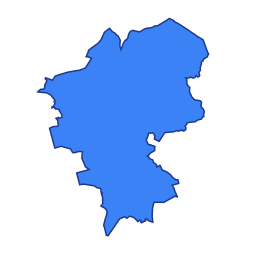 Pūres pag., Tukums, Latvia (Mercator projection), rotated 355°
{"feature_id": "27541924B42244079207170", "entity_name": "Pūres pag.", "entity_type": "district", "adm_level": 2, "iso_a3": "LVA", "parent_name": "Latvia", "parent_adm1": "Tukums", "projection": "mercator", "projection_center": [22.936, 57.042], "detail": "fine", "context": "isolated", "style": "filled", "palette": "blue", "viewbox_px": 256, "rotation_deg": 355, "n_neighbors": 0, "source": "geoboundaries", "source_scale": "gbopen_adm2", "svg_char_len": 5574}
<svg xmlns="http://www.w3.org/2000/svg" viewBox="0 0 256 256"><g transform="rotate(355 128 128)"><path d="M74.9,180.3L75.7,180.1L76.4,180.3L77.4,180.0L78.5,180.2L79.4,180.2L80.5,180.3L80.7,180.5L86.1,181.8L89.5,182.8L92.2,185.0L93.6,185.2L94.9,185.7L95.0,185.7L95.6,186.3L95.6,187.4L95.7,188.1L95.6,188.6L95.8,188.7L95.9,189.5L95.9,189.8L95.6,190.2L95.7,190.3L96.1,190.5L96.6,190.5L96.8,190.7L96.7,190.9L96.6,191.2L95.9,191.5L96.2,192.1L96.1,192.4L96.3,193.5L96.6,194.5L96.6,195.1L96.5,197.1L96.3,198.0L96.4,199.1L96.4,200.6L96.3,201.0L95.3,202.2L94.2,203.3L95.7,204.4L97.1,205.3L97.1,205.2L98.3,206.2L98.5,206.3L99.7,208.6L99.9,210.0L98.4,214.6L97.6,216.2L96.3,219.8L96.0,220.7L95.2,223.1L95.8,224.4L95.8,224.8L96.0,225.9L96.5,228.9L96.5,229.0L96.6,230.3L97.0,231.1L97.0,231.8L96.9,232.4L97.0,233.0L98.9,233.5L99.4,232.8L100.2,231.8L102.3,229.2L102.4,229.3L103.8,227.4L105.3,225.7L107.9,222.4L108.8,221.5L108.9,221.3L109.4,221.0L109.5,220.8L110.0,219.3L111.3,218.7L111.9,217.8L112.2,217.6L117.2,216.1L118.9,217.8L119.0,217.8L122.0,215.9L122.7,216.3L125.8,217.5L127.2,219.0L128.4,220.3L128.4,220.5L129.8,222.1L131.4,220.8L132.8,221.7L132.6,222.0L132.6,222.7L132.8,223.2L133.1,223.6L135.8,222.5L137.6,222.0L137.1,220.5L137.1,220.4L138.9,220.1L139.8,221.6L140.7,222.4L143.7,223.6L144.5,224.0L144.5,222.0L144.4,219.3L144.4,219.0L144.4,217.8L145.2,211.7L145.5,209.7L147.3,204.8L147.6,204.2L157.1,205.2L168.5,200.2L168.5,200.3L169.1,200.3L170.4,200.5L171.4,201.4L169.1,194.9L168.8,192.7L167.1,188.8L173.7,187.6L173.8,187.4L173.7,187.2L173.1,183.8L171.2,183.8L168.3,181.4L166.3,178.2L162.7,175.0L158.4,172.8L156.9,168.5L156.5,168.0L153.3,169.4L153.2,167.6L153.2,167.0L151.1,165.1L150.4,164.5L149.9,162.0L147.0,160.5L146.1,158.7L144.7,157.8L146.0,157.1L148.0,155.0L149.9,154.1L151.0,153.6L152.0,153.1L152.4,152.9L152.5,152.9L152.9,151.1L152.9,150.7L152.8,150.1L152.7,149.2L152.7,148.9L152.8,149.0L153.1,148.7L151.2,147.8L149.9,147.3L148.9,147.0L149.0,146.7L146.9,146.3L145.5,142.9L145.2,141.2L145.6,140.6L145.9,140.4L147.4,137.0L148.0,135.0L152.7,135.2L154.2,138.3L153.9,139.0L153.6,140.5L153.3,141.2L155.3,142.7L156.5,143.0L157.4,144.0L158.0,143.9L160.6,140.5L161.2,139.7L162.2,138.3L162.6,137.9L163.9,136.3L164.8,135.8L171.4,135.7L171.5,135.8L172.7,135.8L175.0,135.3L176.9,134.9L177.0,135.0L177.7,135.5L177.9,135.5L181.8,134.8L181.9,135.4L182.9,135.4L183.3,135.9L183.6,135.8L185.2,134.9L185.7,133.4L185.7,133.2L185.3,131.4L185.2,130.8L185.2,130.7L185.3,130.6L186.5,129.8L186.8,129.5L187.0,129.2L187.3,128.3L187.9,127.9L188.9,127.8L190.0,127.7L194.6,127.6L195.4,127.7L197.7,126.3L199.0,126.0L201.9,125.5L203.3,123.8L203.5,123.6L204.7,122.9L204.4,121.0L205.2,119.6L205.5,118.2L205.0,116.8L204.4,115.2L202.6,113.3L202.7,112.7L203.5,108.7L202.7,107.7L202.5,107.3L202.4,107.2L199.5,106.4L197.6,106.0L196.8,105.7L194.5,102.9L194.2,102.4L193.2,99.4L192.8,99.0L192.8,98.8L192.8,97.8L192.5,96.8L192.4,96.4L193.1,92.9L191.3,91.1L190.5,88.7L190.7,87.3L190.7,85.4L190.8,84.2L190.7,84.1L190.0,83.3L191.5,83.5L192.8,83.5L193.0,83.4L194.7,82.8L195.0,82.8L195.4,83.0L196.7,83.8L197.0,83.9L197.4,84.0L198.7,83.6L199.1,83.4L199.2,83.2L199.8,82.2L200.0,81.9L200.4,81.8L200.7,81.9L201.0,82.2L201.6,83.1L201.8,83.3L202.4,83.0L203.3,82.9L203.5,82.8L203.8,82.3L204.0,82.0L204.0,81.7L203.7,80.5L203.6,80.0L203.6,79.5L203.7,78.6L203.8,78.4L204.7,77.4L205.0,77.0L205.2,76.5L205.2,76.3L205.1,74.8L205.2,74.6L205.5,73.4L206.0,72.1L206.4,71.3L206.6,70.9L206.7,70.5L206.8,69.7L206.8,68.9L206.8,68.7L207.1,68.4L208.6,67.7L208.9,67.4L209.0,67.2L209.2,66.1L209.3,66.0L213.3,63.9L214.0,62.1L214.8,61.6L214.4,60.7L213.7,58.5L213.1,56.6L212.5,54.2L210.8,47.8L210.5,46.7L208.5,45.2L205.6,43.2L205.5,43.3L205.4,43.1L203.7,41.4L201.4,39.7L199.4,38.1L196.6,35.7L193.7,33.4L190.9,31.3L189.8,30.4L186.2,27.7L184.5,26.8L183.2,25.8L183.2,25.6L183.4,25.5L183.3,25.3L179.7,23.0L178.8,22.5L176.5,23.7L175.1,24.5L173.4,25.3L172.0,26.0L169.4,27.3L168.6,28.0L168.4,27.9L168.2,27.7L167.6,28.3L167.1,28.5L166.2,28.7L163.6,28.7L163.1,28.8L162.7,29.0L161.0,30.0L158.5,30.1L154.2,30.4L152.8,30.9L150.8,31.9L147.7,33.3L146.3,32.7L144.5,32.3L141.4,31.1L139.7,31.6L138.4,32.3L136.7,34.8L135.9,37.7L134.5,39.6L133.9,40.3L133.0,40.2L130.8,43.1L130.0,44.8L127.9,49.3L127.0,45.6L127.6,41.9L128.0,40.2L126.9,37.3L126.2,35.6L124.7,34.4L123.4,32.4L122.3,31.7L120.8,30.6L118.3,27.1L112.8,30.6L112.2,31.7L111.7,32.7L109.4,36.7L109.5,37.1L108.7,37.9L105.5,41.0L95.8,46.8L95.1,48.1L94.9,49.1L93.7,51.0L93.3,52.3L93.2,52.3L92.5,53.3L94.7,53.8L95.9,54.4L97.7,55.4L94.5,59.6L91.0,64.3L88.8,65.0L88.0,65.3L85.9,65.8L84.8,66.2L80.0,66.5L72.1,67.2L70.7,67.6L67.0,68.3L60.1,69.9L57.5,73.1L56.9,73.6L56.9,73.8L50.3,70.8L49.8,71.7L50.1,71.9L50.8,73.0L51.2,73.7L51.2,73.9L50.8,75.0L49.6,76.7L49.0,77.6L48.8,78.0L48.7,78.8L48.5,80.4L48.4,80.6L47.7,81.7L47.1,81.9L44.3,81.9L41.8,83.6L41.2,84.1L42.5,84.5L49.6,85.8L50.4,86.1L53.5,88.1L54.0,88.5L54.9,90.0L57.6,93.9L56.6,95.3L57.5,95.8L57.7,96.1L57.7,96.3L55.9,99.8L56.0,99.8L56.1,100.4L54.3,100.1L54.0,101.3L55.0,101.0L55.6,101.0L56.0,101.0L56.6,101.3L56.7,101.5L57.0,101.8L56.9,102.1L57.1,102.5L57.3,102.7L57.5,102.9L58.7,102.9L60.7,103.4L61.3,103.6L61.2,103.8L61.0,104.6L63.2,108.9L63.3,111.4L59.9,112.4L59.6,111.4L57.1,112.1L57.7,112.9L58.5,114.2L58.7,117.1L58.8,119.6L57.1,120.4L56.6,120.1L53.9,120.1L52.3,120.4L49.8,121.4L51.6,131.3L51.7,131.0L51.7,132.3L53.4,141.6L60.1,140.4L62.2,141.3L69.0,143.9L70.7,147.7L71.8,147.9L72.0,148.0L77.3,147.1L80.5,147.7L79.4,153.9L81.5,160.7L81.7,161.3L82.2,163.0L85.6,165.9L83.1,166.5L72.9,168.3L74.9,180.3Z" fill="#3b82f6" stroke="#1e3a8a" stroke-width="1.5"/></g></svg>